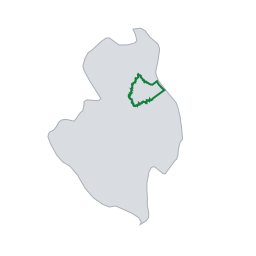 Karongi, Western, Rwanda shown in context, rotated 144°
{"feature_id": "39286606B2179123121438", "entity_name": "Karongi", "entity_type": "district", "adm_level": 2, "iso_a3": "RWA", "parent_name": "Rwanda", "parent_adm1": "Western", "projection": "equal_earth", "projection_center": [29.451, -2.174], "detail": "medium", "context": "in_parent", "style": "outline", "palette": "green", "viewbox_px": 256, "rotation_deg": 144, "n_neighbors": 0, "source": "geoboundaries", "source_scale": "gbopen_adm2", "svg_char_len": 2838}
<svg xmlns="http://www.w3.org/2000/svg" viewBox="0 0 256 256"><g transform="rotate(144 128 128)"><path d="M106.8,74.2L109.2,74.1L125.0,69.0L126.5,70.6L129.1,80.4L130.4,81.9L132.6,82.2L137.0,80.0L145.1,72.3L148.6,67.6L152.8,61.0L158.1,53.6L161.1,47.2L164.0,43.4L167.8,42.3L172.0,42.5L174.9,42.7L172.5,44.2L172.0,48.9L174.8,56.5L183.8,72.2L189.5,75.0L193.3,81.1L197.0,91.4L198.1,104.2L196.5,119.6L197.4,131.1L200.7,138.6L201.6,148.4L200.0,160.4L198.1,167.6L195.9,169.9L193.3,170.8L189.8,170.0L185.6,171.0L181.0,173.3L178.1,173.6L176.3,173.2L172.9,171.3L167.5,165.1L157.4,168.5L154.7,168.4L151.1,171.4L148.1,175.0L146.2,175.2L144.4,174.7L135.8,167.4L132.6,167.7L131.3,188.2L129.9,199.6L128.1,204.7L121.9,209.6L115.7,212.4L112.3,212.2L98.6,213.7L93.2,213.7L90.3,212.1L86.4,200.4L79.2,195.3L72.2,192.8L69.4,193.5L66.9,199.6L65.8,205.1L59.1,201.3L57.0,196.7L56.9,188.9L54.4,178.2L55.8,173.6L58.4,170.7L64.0,165.0L72.5,157.2L74.4,153.5L75.6,147.3L75.0,132.8L74.2,120.6L75.2,116.2L79.1,106.8L84.3,97.1L90.4,86.9L94.1,85.9L98.9,82.0L104.0,76.3L106.8,74.2Z" fill="#d9dde1" stroke="#a8b0b8" stroke-width="1"/><path d="M105.8,154.5L106.5,154.3L106.8,153.7L107.4,154.2L107.6,153.3L107.8,153.4L107.8,153.2L108.2,152.8L108.8,153.1L109.2,152.1L109.2,151.2L108.8,150.9L109.0,149.9L108.1,149.1L108.5,148.5L108.4,147.8L109.1,147.0L109.0,146.7L109.3,145.9L109.9,145.6L109.4,144.6L109.5,144.5L109.7,144.8L109.7,143.9L109.8,144.1L110.1,143.7L109.9,143.2L110.2,143.1L110.3,142.6L109.8,142.4L109.3,141.4L108.0,141.6L107.6,140.4L106.9,141.0L105.7,140.5L105.8,140.8L105.6,141.1L105.2,140.8L104.4,140.9L104.3,141.2L104.1,140.6L103.5,140.6L103.2,140.1L102.5,139.9L101.4,140.1L101.3,140.6L100.1,140.5L99.6,139.3L98.8,138.9L98.8,138.6L98.5,138.6L98.8,137.5L98.4,137.2L97.4,138.8L96.6,138.5L96.3,138.5L96.2,139.0L95.8,138.4L95.4,138.5L95.2,138.0L94.8,138.1L94.8,137.5L94.5,137.7L93.9,137.3L93.5,137.9L93.5,137.6L93.2,137.7L93.0,137.3L92.5,137.2L92.6,136.8L92.1,136.7L91.6,137.1L91.1,137.0L90.6,137.3L76.4,137.3L77.1,140.9L77.5,144.6L77.5,146.8L77.0,148.8L82.8,148.7L84.3,150.1L85.2,152.1L85.3,152.8L85.9,153.9L86.0,154.3L86.2,154.1L86.4,154.8L86.8,154.9L87.0,155.4L87.4,155.2L87.8,155.3L87.8,155.6L87.4,155.6L86.9,157.1L87.5,157.6L87.4,158.2L87.7,158.3L87.5,158.7L87.5,160.2L87.9,161.4L87.0,162.4L87.5,163.2L87.3,163.7L88.2,164.4L88.5,165.4L88.3,165.5L88.1,165.8L88.1,166.0L88.3,166.2L88.1,165.8L88.7,165.3L89.0,164.4L89.9,163.1L91.6,162.9L91.8,163.1L92.5,162.8L92.7,163.7L92.9,163.6L94.1,161.5L94.6,161.7L95.3,161.2L95.5,160.6L97.0,161.4L98.2,160.6L98.4,161.0L99.0,161.2L99.4,160.6L99.4,159.9L100.5,158.9L100.8,158.0L101.2,158.2L101.9,157.4L102.3,157.6L102.4,157.0L102.6,157.3L102.7,156.6L102.9,156.7L103.5,156.2L104.3,155.0L104.7,155.1L104.5,154.7L104.8,154.7L104.7,154.4L105.0,153.9L105.5,154.0L105.8,154.5Z" fill="none" stroke="#15803d" stroke-width="2"/></g></svg>